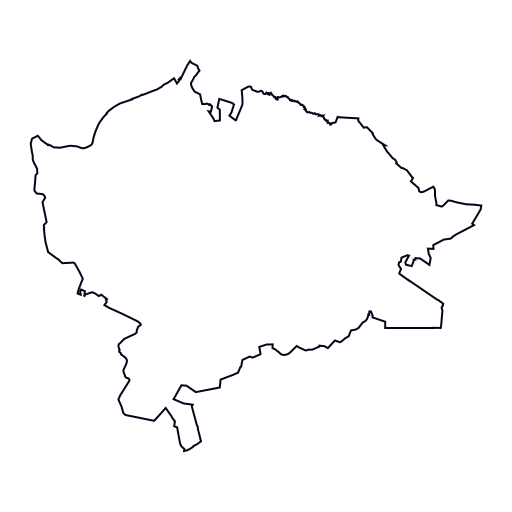 outline of Maltas pag., Rezeknes, Latvia
{"feature_id": "27541924B14465730605778", "entity_name": "Maltas pag.", "entity_type": "district", "adm_level": 2, "iso_a3": "LVA", "parent_name": "Latvia", "parent_adm1": "Rezeknes", "projection": "albers", "projection_center": [27.185, 56.309], "detail": "fine", "context": "isolated", "style": "outline", "palette": "ink", "viewbox_px": 512, "rotation_deg": 0, "n_neighbors": 0, "source": "geoboundaries", "source_scale": "gbopen_adm2", "svg_char_len": 5944}
<svg xmlns="http://www.w3.org/2000/svg" viewBox="0 0 512 512"><path d="M474.0,225.1L472.2,223.7L480.6,209.5L481.3,205.6L474.4,204.7L466.4,204.3L456.9,202.4L450.8,200.7L448.3,200.5L443.4,205.4L441.8,206.6L436.4,205.1L436.4,203.0L435.0,195.9L435.0,190.4L434.6,188.8L433.3,186.7L424.3,191.4L421.9,192.2L420.4,192.0L419.7,191.6L419.0,190.8L418.6,188.1L410.9,181.4L411.7,180.3L413.0,177.8L412.1,177.2L406.8,170.2L402.5,168.0L401.5,168.0L396.2,163.4L396.8,162.5L395.0,159.6L392.8,158.3L386.8,151.2L383.3,145.3L385.0,145.3L377.3,140.4L375.6,138.9L372.5,133.9L372.9,133.3L366.9,127.2L363.8,127.7L358.3,120.8L358.2,119.6L358.4,118.4L337.9,117.2L337.9,116.1L335.7,122.1L335.2,122.5L332.7,123.0L332.3,122.9L331.1,124.5L330.2,124.5L330.4,123.5L330.3,123.4L329.7,123.4L329.5,123.0L328.0,123.0L328.2,122.4L327.7,120.7L326.8,121.1L326.8,120.7L326.3,120.7L326.2,120.2L325.5,120.1L325.4,119.7L324.7,119.4L324.7,119.0L324.0,118.5L324.0,117.9L323.0,116.5L323.3,115.9L322.7,116.2L322.4,115.8L322.0,116.0L321.8,115.8L321.4,116.2L320.7,115.8L320.7,115.4L319.3,115.7L319.8,115.0L319.0,114.7L319.0,114.4L319.5,114.2L318.3,114.4L317.6,114.1L317.0,114.4L315.4,114.1L314.8,113.2L313.3,113.8L311.6,112.7L310.1,112.8L309.1,112.0L308.2,112.3L307.1,112.3L306.1,111.1L306.2,110.7L305.7,110.4L305.8,109.9L305.0,109.5L305.6,109.2L305.4,108.5L304.5,107.8L304.7,107.3L304.2,106.6L303.6,106.8L303.4,105.6L301.7,104.6L301.1,105.0L300.7,104.9L299.6,103.2L298.9,103.0L297.4,101.3L296.8,101.9L295.2,101.1L294.6,101.3L294.3,100.7L293.2,101.0L292.2,100.1L291.5,100.2L291.4,100.8L291.0,100.6L290.8,99.9L289.9,100.0L289.5,99.1L288.1,98.0L287.7,97.0L286.7,97.0L286.4,96.4L285.9,95.9L284.4,96.1L283.7,95.6L283.1,95.7L283.1,96.1L282.7,95.9L282.4,96.5L281.9,96.3L279.9,97.4L278.6,97.4L278.3,97.0L277.9,97.0L277.2,97.7L277.7,99.5L277.4,99.6L277.0,99.3L276.5,99.4L275.4,98.3L275.5,97.2L275.3,97.0L273.8,96.8L273.4,95.8L271.7,94.5L271.6,93.7L271.0,92.9L269.6,94.8L269.3,94.9L269.1,94.5L269.0,93.2L268.8,92.9L267.8,93.0L267.7,93.2L267.8,93.9L267.6,94.0L266.4,92.7L265.2,94.1L263.9,93.9L263.2,93.2L262.5,91.6L261.2,90.7L258.9,91.7L257.7,91.7L256.4,91.6L255.6,91.0L252.9,90.1L251.9,89.2L251.1,87.0L250.2,86.5L248.3,86.6L241.7,90.2L242.4,98.3L242.5,104.1L241.3,107.4L235.9,120.3L235.7,120.4L232.7,118.2L229.4,115.6L231.4,112.6L234.0,104.5L232.0,102.9L219.3,98.9L217.4,107.7L219.8,109.7L219.9,120.5L214.5,121.1L213.2,118.1L208.6,111.3L210.9,111.7L212.1,106.5L211.2,105.3L209.2,104.9L209.4,104.4L209.0,104.5L207.1,103.6L205.7,104.0L202.3,104.1L201.2,100.1L200.1,94.4L194.5,91.5L192.1,87.7L191.0,84.5L191.0,83.7L191.2,82.7L191.6,81.9L192.3,81.0L194.5,76.6L195.9,75.4L198.4,71.9L199.2,71.2L199.5,70.6L198.3,68.8L197.6,66.5L197.3,66.0L196.3,65.2L191.8,63.0L190.5,61.7L190.1,61.0L187.2,65.4L180.9,78.5L180.3,77.8L178.8,79.5L179.7,79.9L177.0,83.5L174.0,78.3L167.0,83.3L166.6,83.2L163.6,84.8L161.3,87.0L155.9,90.0L155.3,90.0L142.7,94.9L142.0,94.6L139.5,96.2L131.9,99.0L132.1,99.4L120.1,103.4L114.5,106.6L109.3,110.4L106.7,113.0L107.0,113.5L103.7,116.8L99.7,122.3L98.2,125.0L95.4,131.6L93.8,136.7L92.3,143.5L91.3,144.9L88.5,146.5L85.5,147.8L83.2,148.3L81.1,147.9L77.0,146.4L71.2,145.8L69.1,145.9L60.2,147.7L54.3,147.4L53.4,147.2L50.4,145.3L48.0,145.1L48.1,144.5L46.6,144.0L41.2,140.0L39.4,137.6L37.7,135.8L32.0,138.7L30.7,143.8L31.8,151.2L32.7,155.7L32.8,160.1L34.4,163.6L37.1,168.7L37.3,173.3L35.8,175.0L35.5,175.8L35.1,182.3L34.4,188.7L34.4,190.2L34.7,191.1L36.7,193.5L42.5,194.1L44.0,195.3L45.1,197.1L45.0,198.1L42.5,202.2L46.6,222.0L45.8,223.0L43.9,224.9L43.8,226.5L44.3,227.6L43.8,228.8L44.0,229.0L44.6,235.6L45.3,240.3L45.3,241.1L48.1,252.1L57.0,258.6L57.9,259.0L62.3,263.2L73.4,262.6L74.4,263.1L75.3,264.4L79.5,271.9L82.8,278.7L80.7,283.9L78.4,290.1L77.6,293.5L80.7,294.7L80.2,291.5L81.1,289.5L84.9,291.2L84.3,295.8L84.5,295.9L85.4,294.5L92.1,292.2L95.3,293.6L98.9,296.1L101.2,294.7L107.0,299.1L105.9,299.9L106.8,301.8L104.4,305.1L109.2,307.9L121.8,313.6L137.4,321.2L140.5,323.6L140.7,325.0L139.1,326.0L138.2,326.8L136.8,330.2L136.7,332.1L136.5,332.7L135.0,333.9L124.2,338.9L120.5,342.8L118.9,344.1L118.4,345.7L119.0,348.8L119.7,349.9L119.1,350.9L119.5,352.2L120.6,352.8L120.9,354.2L125.2,357.5L126.4,358.9L126.9,360.3L126.9,361.7L126.0,364.5L123.6,369.6L123.4,370.6L123.5,371.7L125.3,376.6L126.3,377.8L128.4,378.4L129.4,379.4L129.4,380.7L120.1,395.5L118.4,399.5L121.5,406.5L123.4,413.2L125.5,415.0L154.2,420.8L165.7,408.0L171.5,416.3L172.5,418.2L174.9,421.2L174.2,426.3L177.1,427.3L180.1,443.6L181.3,446.3L184.4,449.0L184.1,451.0L187.2,450.3L189.9,448.9L193.2,446.8L193.4,446.0L196.8,444.4L201.0,441.3L198.0,429.4L197.7,426.7L196.8,424.9L191.8,406.4L192.7,404.7L183.5,403.4L173.6,399.2L181.4,385.3L186.5,385.7L195.8,392.1L219.8,387.5L220.6,379.6L232.7,375.0L238.1,372.6L240.3,367.1L241.2,366.6L242.4,360.0L249.5,356.6L252.7,357.6L260.5,354.2L259.3,346.9L266.6,344.5L272.7,344.4L272.5,348.1L275.2,349.4L278.7,352.1L281.1,354.3L284.0,355.1L287.9,354.1L289.8,352.8L296.7,346.0L299.1,347.5L305.7,350.5L309.0,349.6L312.2,349.7L319.3,346.6L319.3,345.7L324.2,346.1L327.9,348.1L334.9,340.5L339.7,342.2L341.4,341.5L345.3,338.2L348.5,336.4L349.0,335.7L348.9,335.6L351.0,330.4L355.7,329.6L358.7,327.8L362.6,322.6L365.1,321.2L367.0,319.2L368.2,315.7L368.3,314.6L369.2,314.9L369.1,313.1L369.5,312.4L369.4,311.5L370.9,311.4L372.6,315.5L372.7,316.0L372.5,317.4L385.2,321.7L385.2,328.0L431.9,328.0L433.3,328.0L433.4,327.7L434.3,328.0L436.8,327.8L440.6,328.0L440.6,327.7L440.9,327.3L441.1,325.9L442.4,311.0L442.4,310.3L441.6,307.8L442.8,305.0L443.0,305.1L443.2,303.7L438.5,300.2L437.1,299.6L408.2,279.9L408.2,280.1L399.6,273.9L399.2,273.3L401.0,269.0L398.5,265.0L399.1,262.3L400.9,261.6L401.5,257.6L407.6,255.2L409.0,255.6L405.3,262.4L405.9,264.7L411.7,266.1L413.5,261.5L413.6,259.7L415.4,259.7L415.5,258.1L420.2,258.5L429.4,264.9L430.7,258.1L428.8,253.9L427.9,248.6L433.5,248.9L433.3,247.2L433.4,245.0L443.8,239.6L450.7,238.6L453.5,236.2L456.4,234.3L474.0,225.1Z" fill="none" stroke="#020617" stroke-width="2"/></svg>